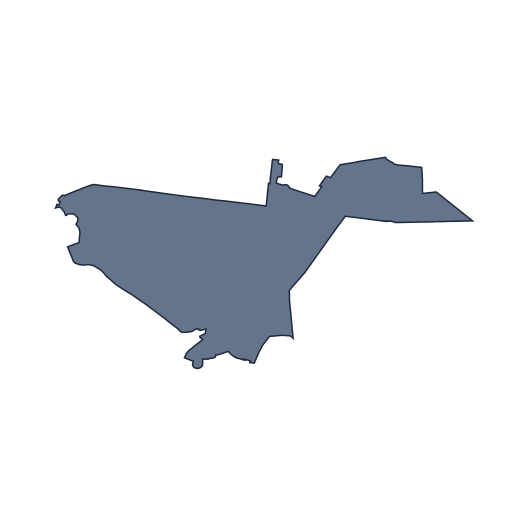 the district of Chiajna, Bucharest, Romania, rotated 191°
{"feature_id": "2599482B24366344926060", "entity_name": "Chiajna", "entity_type": "district", "adm_level": 2, "iso_a3": "ROU", "parent_name": "Romania", "parent_adm1": "Bucharest", "projection": "mercator", "projection_center": [25.969, 44.45], "detail": "fine", "context": "isolated", "style": "filled", "palette": "slate", "viewbox_px": 512, "rotation_deg": 191, "n_neighbors": 0, "source": "geoboundaries", "source_scale": "gbopen_adm2", "svg_char_len": 5721}
<svg xmlns="http://www.w3.org/2000/svg" viewBox="0 0 512 512"><g transform="rotate(191 256 256)"><path d="M258.1,353.9L258.1,353.3L258.1,353.1L258.1,352.6L258.0,350.7L257.8,348.8L257.8,348.3L257.7,347.5L257.6,346.6L257.4,344.2L257.4,343.6L257.5,343.3L257.5,343.1L257.4,342.9L257.2,340.6L256.9,336.5L256.6,333.9L256.2,331.2L256.1,330.3L256.1,329.6L257.6,329.8L256.1,313.3L255.9,310.9L255.6,307.1L256.5,307.0L257.8,306.9L258.8,306.8L260.8,306.7L273.8,305.8L281.9,305.2L297.4,304.1L298.4,304.0L300.1,303.8L304.7,303.4L306.7,303.2L315.5,302.7L322.0,302.3L325.2,302.0L334.2,301.3L345.0,300.6L355.5,300.0L376.5,298.9L381.4,298.6L381.4,298.8L410.3,296.7L418.5,295.8L420.9,295.7L425.0,295.5L428.3,295.3L429.1,295.2L430.1,294.8L430.9,294.4L438.0,290.2L441.3,288.0L444.5,286.0L449.3,282.9L455.1,279.1L455.3,278.6L457.7,278.8L459.4,276.2L460.8,274.4L460.8,273.8L460.6,272.4L458.6,272.0L459.2,268.4L461.2,268.8L461.9,264.9L460.8,265.6L459.1,266.1L458.4,266.2L457.3,266.1L456.3,266.0L455.1,264.6L454.1,263.8L452.6,262.6L452.1,261.8L451.1,260.2L450.8,259.7L450.5,259.5L450.1,259.6L449.7,260.0L448.8,261.0L448.6,261.2L447.9,261.5L446.1,262.0L445.4,262.1L443.0,262.4L442.5,262.3L442.1,262.1L440.2,260.8L438.4,259.7L438.2,259.3L438.0,258.6L437.8,257.5L437.7,256.3L437.8,255.8L438.0,255.3L438.7,253.0L438.7,252.7L438.5,252.4L437.7,251.8L436.6,251.1L436.3,250.8L435.6,250.1L434.6,248.6L434.1,247.4L433.7,246.5L433.5,245.7L433.1,243.9L433.0,242.9L432.9,240.5L432.6,238.2L432.3,236.0L432.3,235.8L432.4,235.4L442.7,229.0L436.1,218.9L434.0,215.6L432.2,214.6L430.1,214.2L427.9,213.8L426.8,213.9L425.8,213.9L422.9,214.3L419.4,215.5L419.2,215.5L417.2,215.7L416.4,215.6L414.6,215.6L413.1,215.3L407.2,213.2L404.3,211.8L401.0,209.3L398.9,207.5L394.3,205.0L389.4,201.9L385.0,199.9L383.3,199.3L380.5,198.1L370.6,194.4L354.2,187.2L333.6,177.2L329.0,174.7L325.3,172.8L323.6,172.0L320.8,170.6L318.8,169.6L317.5,168.5L316.3,167.8L314.2,166.9L311.2,167.5L309.7,167.8L307.9,168.5L305.2,169.4L304.5,169.8L304.2,170.0L302.4,171.6L301.6,172.2L300.9,172.8L300.1,173.5L298.8,172.7L298.1,173.3L296.7,172.2L291.1,174.7L291.0,171.3L290.9,170.3L291.5,169.9L292.5,169.1L295.9,166.4L295.2,165.0L294.9,164.9L294.4,164.8L292.4,163.9L292.7,163.4L296.8,158.8L301.3,153.3L302.6,151.9L304.3,149.8L304.8,148.8L305.1,148.3L305.7,147.2L306.4,144.0L306.5,143.7L306.8,142.4L306.1,142.3L305.7,142.2L305.3,142.1L304.2,141.9L302.7,141.7L300.5,141.3L299.8,141.1L298.0,140.9L297.5,140.9L297.6,139.6L297.6,138.2L297.6,137.8L297.4,136.5L297.1,136.4L296.7,135.9L296.5,135.6L296.2,135.2L295.1,134.7L294.3,134.4L293.2,134.4L292.2,134.4L290.3,135.1L289.7,135.5L288.9,136.2L288.0,137.5L287.7,138.0L287.7,138.3L287.7,138.9L287.8,139.5L287.8,140.4L288.2,142.2L288.6,143.9L288.7,144.2L288.8,144.5L285.0,145.3L283.6,145.6L283.8,145.8L278.3,147.8L276.8,148.8L276.8,149.0L276.4,150.0L276.8,150.8L276.5,151.1L276.1,151.2L275.7,151.4L274.8,151.7L273.4,152.3L272.7,152.6L272.2,152.9L267.3,155.8L266.1,156.5L265.3,157.0L264.7,156.8L264.4,156.5L263.6,156.0L262.7,155.3L261.9,154.8L261.3,154.5L259.8,153.7L258.8,153.3L257.8,152.8L256.8,152.5L256.2,152.4L254.6,152.0L253.8,152.1L253.2,152.1L252.2,152.1L251.6,151.9L250.4,151.8L249.4,151.7L249.3,152.4L248.0,152.3L247.9,151.6L246.6,151.6L246.6,151.8L246.6,152.4L245.8,152.4L243.5,152.1L241.7,151.9L241.7,151.0L241.8,150.1L238.8,150.4L238.4,150.5L237.7,150.5L237.3,150.4L234.7,162.4L234.5,162.9L232.4,169.8L227.4,179.6L226.8,179.9L224.3,180.5L221.9,181.2L219.3,182.0L215.7,183.0L214.0,183.3L210.6,183.7L207.3,184.1L205.9,183.5L204.6,182.8L204.4,182.7L203.9,182.3L204.0,182.7L204.7,185.2L206.2,190.2L206.3,190.4L207.5,194.6L207.5,194.8L208.2,197.1L208.5,198.1L208.8,199.0L209.0,199.7L209.1,200.2L209.9,202.8L210.6,205.3L211.3,207.6L212.1,210.2L212.7,212.2L213.6,215.3L214.6,218.7L215.1,220.8L215.4,222.7L216.1,225.9L216.9,227.5L216.6,228.1L216.5,229.0L216.1,229.5L214.9,231.8L211.8,237.3L209.0,241.9L207.1,245.3L205.1,248.7L203.2,252.9L202.7,254.0L200.2,259.5L196.2,268.3L193.3,274.6L192.6,276.3L190.3,281.2L185.8,291.2L184.1,294.7L183.5,296.1L181.7,300.1L180.7,302.1L180.2,303.1L175.9,312.1L166.6,312.7L165.9,312.7L164.1,312.9L156.2,313.4L145.3,314.1L135.7,314.7L135.4,314.7L135.8,315.0L134.7,315.2L132.9,315.4L131.3,315.6L130.4,315.8L129.6,315.9L129.5,316.0L125.8,315.4L122.9,316.0L120.2,316.6L118.6,316.9L115.8,317.5L111.2,318.5L107.7,319.3L105.2,319.8L97.3,321.5L94.8,322.0L92.6,322.5L91.5,322.8L88.9,323.3L87.1,323.8L84.6,324.3L82.2,324.8L81.3,325.0L76.8,326.0L73.3,326.8L67.1,328.1L64.8,328.6L64.0,328.8L60.3,329.6L56.6,330.4L53.8,331.0L51.0,331.6L50.1,331.8L52.9,333.2L53.6,333.6L54.6,334.1L55.0,334.3L57.3,335.5L58.3,336.1L60.7,337.3L61.6,337.8L64.5,339.3L70.1,342.2L75.3,344.9L77.3,346.0L77.7,346.1L82.9,348.9L85.4,350.2L86.2,350.6L88.8,351.9L90.4,352.8L91.2,353.2L91.4,353.2L91.6,353.2L92.0,353.0L94.4,352.3L103.0,349.6L103.7,349.4L103.8,349.3L104.2,349.4L104.5,349.7L104.8,350.7L105.4,353.6L106.5,359.2L106.6,359.4L107.2,363.0L108.5,367.7L109.8,373.0L110.0,374.2L110.3,374.5L111.5,374.5L121.2,373.7L125.1,373.4L132.0,372.6L133.3,372.5L135.5,372.4L137.0,372.6L138.7,373.0L139.8,373.8L142.6,374.5L146.6,376.1L147.7,377.6L174.4,367.9L174.3,367.7L190.8,361.7L192.4,358.4L197.6,347.6L197.8,347.2L202.2,347.8L205.3,341.0L207.1,336.9L204.7,336.6L209.7,325.7L226.4,327.7L236.1,329.1L236.0,329.5L237.3,330.7L238.8,331.6L239.7,331.8L240.1,331.7L240.6,331.6L241.5,331.3L243.0,330.8L244.9,330.9L246.0,330.9L250.2,331.5L250.0,335.0L249.7,337.2L249.6,337.8L249.3,338.0L248.9,338.1L248.7,338.1L246.2,338.5L246.5,342.0L247.0,346.6L247.0,346.8L247.4,350.3L247.5,350.6L247.9,351.0L248.7,351.0L248.9,351.0L250.3,350.9L251.1,351.0L251.5,351.0L251.8,351.1L252.0,354.5L254.6,354.3L256.5,354.1L258.1,353.9Z" fill="#64748b" stroke="#1e293b" stroke-width="1.5"/></g></svg>